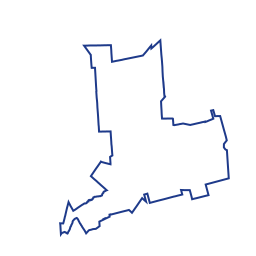 the district of Tercero Arriba, Córdoba, Argentina, rotated 165°
{"feature_id": "61730980B38611506941533", "entity_name": "Tercero Arriba", "entity_type": "district", "adm_level": 2, "iso_a3": "ARG", "parent_name": "Argentina", "parent_adm1": "Córdoba", "projection": "equal_earth", "projection_center": [-63.538, -32.374], "detail": "fine", "context": "isolated", "style": "outline", "palette": "blue", "viewbox_px": 256, "rotation_deg": 165, "n_neighbors": 0, "source": "geoboundaries", "source_scale": "gbopen_adm2", "svg_char_len": 5362}
<svg xmlns="http://www.w3.org/2000/svg" viewBox="0 0 256 256"><g transform="rotate(165 128 128)"><path d="M149.1,218.9L145.0,208.1L145.2,207.6L146.1,203.1L147.0,198.5L147.5,195.5L144.3,194.7L145.5,188.8L147.9,177.2L148.7,173.2L148.9,171.8L149.2,171.5L150.4,165.4L150.9,162.2L151.3,160.0L152.2,155.9L152.8,152.7L153.3,150.0L153.9,146.9L154.7,143.0L155.0,141.6L155.4,139.6L155.6,138.7L155.8,137.3L156.1,135.8L156.9,132.0L145.7,129.2L146.5,125.2L147.8,118.6L148.2,116.8L148.5,114.6L149.8,107.8L150.2,105.5L152.1,105.0L152.8,104.7L153.4,101.7L154.1,98.2L154.3,97.5L155.2,98.0L156.2,98.5L157.2,99.1L158.5,99.8L159.7,100.5L160.9,101.2L162.8,102.3L162.9,102.5L166.2,99.7L169.7,96.8L176.3,91.1L173.9,87.4L172.5,85.4L171.6,84.0L171.0,83.0L170.1,81.7L169.3,80.4L168.1,78.6L165.9,75.3L165.5,74.6L164.7,73.4L165.2,73.4L165.5,73.3L165.8,73.1L166.1,73.1L166.4,73.0L166.6,73.0L166.8,72.9L167.2,72.8L167.7,72.8L168.1,72.5L168.4,72.3L168.6,71.7L168.8,71.6L169.3,71.4L169.4,71.2L169.6,71.1L169.9,70.9L170.1,70.6L170.2,70.3L170.6,69.6L170.9,69.5L171.2,69.5L171.8,69.5L172.2,69.3L172.9,69.4L173.4,69.6L173.8,69.6L174.3,69.6L174.8,69.7L175.2,69.8L175.7,69.9L176.2,69.9L176.8,69.9L177.1,70.0L177.3,70.0L177.8,70.1L178.0,70.2L178.3,70.2L178.6,70.1L178.8,69.9L179.0,69.8L179.3,69.8L179.3,69.7L179.6,69.4L179.9,69.3L180.1,69.1L180.3,69.0L180.4,68.8L180.5,68.5L180.7,68.4L181.0,68.3L181.1,68.2L181.3,68.3L181.6,68.1L182.0,68.3L182.3,68.3L182.4,68.1L182.5,67.9L182.8,67.9L183.1,67.9L183.3,67.9L183.4,68.0L183.5,68.1L183.7,68.3L183.8,68.4L183.9,68.5L184.0,68.6L184.3,68.6L184.5,68.4L184.8,68.3L184.8,68.1L184.9,67.9L185.0,67.7L185.3,67.5L185.5,67.5L185.5,67.4L185.5,67.2L186.0,67.2L186.3,67.3L186.6,67.1L186.7,66.9L187.1,66.6L187.2,66.4L187.4,66.2L187.6,66.2L187.8,66.2L188.0,66.1L188.4,66.1L188.5,66.1L188.8,66.2L189.0,66.3L189.3,66.3L189.6,66.4L189.8,66.3L190.2,66.2L190.4,66.2L190.8,66.0L192.3,65.6L195.8,64.4L197.8,63.7L198.2,63.5L200.2,62.8L202.3,62.2L202.4,62.7L202.6,63.5L202.9,64.6L203.3,66.2L203.6,67.2L204.0,69.1L204.3,70.4L204.6,71.8L205.2,70.7L205.7,69.9L206.3,68.8L207.6,66.6L210.0,62.1L211.4,59.4L212.1,58.3L212.7,57.1L214.9,53.2L215.3,52.6L218.2,53.5L218.5,51.5L219.4,47.2L220.3,42.7L219.7,43.2L219.2,43.6L218.7,43.7L218.0,43.8L217.4,43.8L216.9,44.0L216.5,44.0L216.0,44.0L215.9,43.9L215.8,43.6L215.6,43.5L215.4,43.3L215.1,43.2L215.0,42.9L214.7,42.7L214.5,42.4L214.3,42.2L214.1,42.0L214.0,41.8L213.8,41.7L213.6,41.9L213.4,42.1L213.2,42.2L213.1,42.5L212.9,42.7L212.8,42.8L212.6,43.1L212.4,43.4L212.1,43.6L211.9,43.8L211.6,43.9L211.4,44.2L211.2,44.4L211.0,44.7L210.9,44.8L210.6,45.0L210.4,45.4L210.2,45.6L210.1,45.9L209.9,46.2L209.6,46.7L209.4,47.1L209.2,47.3L209.0,47.6L208.7,47.7L208.6,47.9L208.5,48.0L208.3,48.2L208.1,48.4L207.9,48.8L207.7,49.2L207.1,49.7L206.9,49.9L206.1,50.9L206.0,51.2L205.7,52.0L205.3,52.5L205.1,52.6L204.8,52.8L204.6,53.0L204.1,53.3L203.9,53.4L203.6,53.6L203.2,53.9L203.0,54.0L202.5,54.1L202.3,54.1L202.0,54.2L201.3,54.3L201.0,54.4L200.8,54.4L200.7,54.3L200.6,54.0L200.4,53.7L200.2,53.2L200.0,52.9L199.9,52.6L199.9,52.4L199.9,52.2L199.8,51.8L199.7,51.4L199.7,51.2L199.6,50.9L199.6,50.5L199.4,50.0L199.3,49.6L199.3,49.4L199.2,49.0L199.1,48.6L199.1,48.2L198.7,47.6L198.5,46.8L198.5,46.4L198.2,45.8L198.0,45.3L198.0,44.9L197.9,44.5L197.8,44.2L197.7,44.0L197.7,43.9L196.4,40.1L195.7,37.1L194.3,38.0L192.3,39.3L191.6,39.4L190.4,39.3L189.7,39.3L188.1,39.4L186.8,39.2L185.2,38.9L183.0,39.7L180.8,40.6L180.6,41.6L180.3,43.2L179.9,45.0L175.5,45.8L175.5,46.3L173.6,46.7L173.6,46.2L168.7,47.1L168.3,49.1L167.1,49.1L167.0,48.8L155.5,48.7L150.3,48.6L148.3,48.6L146.8,46.3L146.1,45.1L144.4,46.5L141.8,48.7L140.2,50.0L136.6,53.1L132.5,56.6L131.3,54.7L130.0,52.8L129.6,52.2L129.6,59.5L126.3,59.6L126.3,50.0L125.0,50.0L119.3,50.0L117.9,50.0L111.2,49.9L109.8,49.9L104.8,49.9L101.6,49.9L100.1,49.8L97.1,49.8L93.9,49.7L92.8,49.7L92.8,53.4L92.8,54.4L89.3,53.3L86.3,52.5L84.4,52.0L84.4,50.3L84.4,45.0L84.5,42.6L82.5,42.6L80.1,42.5L71.9,42.4L67.6,42.3L67.6,45.1L67.6,45.9L67.6,47.0L67.6,53.3L56.6,53.3L56.4,53.3L48.3,53.3L43.7,53.3L40.7,68.5L38.2,81.0L38.9,81.5L39.3,81.9L39.4,82.1L39.8,82.8L40.4,84.5L39.5,87.7L35.8,90.5L35.7,94.4L35.8,102.0L35.9,115.7L37.8,116.2L40.9,116.9L41.0,123.2L43.3,123.3L43.2,114.9L45.1,114.6L47.9,114.3L49.7,114.0L51.8,113.8L51.8,114.3L53.2,114.3L54.5,114.4L55.6,114.4L55.8,114.5L56.1,114.4L60.7,114.6L63.9,114.7L65.9,114.8L67.0,114.8L68.1,115.3L71.5,117.0L72.3,117.4L73.5,118.0L73.9,118.1L75.3,118.2L77.3,118.4L78.3,118.4L81.5,118.7L82.7,118.8L83.4,119.2L82.9,121.5L82.7,122.7L82.2,125.3L82.3,125.5L82.5,125.6L84.3,126.1L91.7,128.0L92.7,128.3L91.9,132.5L91.0,136.6L90.3,140.1L89.4,144.2L89.2,145.2L89.1,145.3L86.4,147.1L85.2,147.9L84.8,148.2L84.0,148.7L84.0,148.8L84.6,149.0L84.0,152.6L83.2,156.1L82.9,157.9L82.4,160.6L82.5,160.5L81.7,164.9L81.1,168.5L80.0,173.7L79.0,178.0L77.9,183.7L77.4,186.5L76.8,190.2L74.1,204.3L76.0,203.3L82.9,199.7L84.8,198.8L84.2,201.7L87.0,199.7L90.7,197.0L94.7,194.3L94.8,194.2L97.5,194.3L98.6,194.4L100.3,194.5L101.9,194.6L103.6,194.7L105.2,194.8L108.4,195.0L109.9,195.1L111.7,195.2L112.8,195.3L114.9,195.4L116.0,195.4L120.2,195.7L122.2,195.9L123.0,195.9L124.5,196.0L126.3,196.1L125.9,198.2L124.9,203.3L124.7,204.4L124.0,207.6L123.3,211.3L123.1,212.4L127.7,213.6L131.0,214.4L134.4,215.2L137.8,216.1L140.6,216.8L143.6,217.6L146.3,218.2L148.0,218.6L149.1,218.9Z" fill="none" stroke="#1e3a8a" stroke-width="2"/></g></svg>